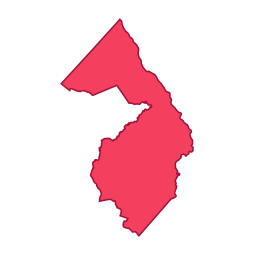 Santa Terezinha, Mato Grosso, Brazil (Natural Earth projection), rotated 308°
{"feature_id": "56859067B41133101441873", "entity_name": "Santa Terezinha", "entity_type": "district", "adm_level": 2, "iso_a3": "BRA", "parent_name": "Brazil", "parent_adm1": "Mato Grosso", "projection": "natural_earth1", "projection_center": [-50.819, -10.289], "detail": "fine", "context": "isolated", "style": "filled", "palette": "rose", "viewbox_px": 256, "rotation_deg": 308, "n_neighbors": 0, "source": "geoboundaries", "source_scale": "gbopen_adm2", "svg_char_len": 5978}
<svg xmlns="http://www.w3.org/2000/svg" viewBox="0 0 256 256"><g transform="rotate(308 128 128)"><path d="M121.7,48.1L121.6,59.0L122.1,59.0L122.6,58.3L123.3,58.4L124.3,59.4L124.6,60.1L124.7,61.0L125.6,64.5L127.3,67.9L128.6,68.5L129.5,69.3L130.6,71.1L131.3,73.9L131.6,74.6L132.1,75.1L132.2,76.2L132.0,76.9L132.3,77.8L131.8,79.5L132.1,80.0L132.7,80.5L154.7,92.9L152.0,101.8L148.2,113.6L149.4,115.0L149.8,115.7L150.1,116.5L150.3,117.7L150.6,118.2L151.0,118.8L152.3,120.1L152.8,120.8L153.6,122.2L153.9,122.5L157.1,123.1L157.7,123.9L157.5,124.5L158.0,125.0L158.8,125.1L160.0,125.8L160.1,126.4L159.6,126.5L159.1,125.9L158.2,126.0L158.6,126.5L158.8,126.9L159.2,127.9L159.3,128.6L158.7,129.4L158.7,130.0L159.3,130.6L159.7,130.9L159.8,131.4L160.2,131.9L160.2,132.6L159.9,133.0L159.5,133.1L159.2,133.6L158.8,133.7L158.6,133.3L158.6,132.7L158.1,132.3L157.6,132.8L157.1,133.0L156.6,133.0L155.5,132.6L155.0,132.6L154.2,131.8L153.6,131.6L153.8,131.0L153.6,130.2L153.2,129.9L152.0,130.0L151.6,130.5L151.1,130.0L150.9,129.3L150.4,129.6L149.8,129.7L149.3,129.5L148.5,129.8L148.1,129.7L147.5,129.8L145.8,129.4L145.3,128.9L144.1,129.3L143.8,129.9L142.9,129.3L141.8,129.1L141.7,129.8L141.2,129.6L140.8,130.2L140.6,130.8L139.8,130.7L139.3,130.9L138.3,130.9L138.4,130.4L137.6,129.8L137.1,129.0L136.5,129.0L136.0,129.3L135.5,129.1L135.2,128.2L134.2,126.8L133.7,126.9L133.2,126.9L132.9,126.2L132.8,125.6L131.7,125.5L131.5,126.0L131.6,126.7L130.8,126.4L130.2,126.5L130.1,125.9L130.4,125.4L129.9,125.3L129.6,125.0L129.0,124.4L127.1,124.3L126.7,124.4L126.2,125.0L125.9,125.9L125.2,126.2L124.7,125.7L123.2,125.8L122.0,125.7L121.5,125.3L121.0,125.4L120.5,124.8L120.3,124.4L119.7,124.5L119.1,124.2L118.4,125.1L117.9,124.8L117.3,125.0L116.3,125.8L115.7,125.5L115.4,125.1L115.0,124.8L115.0,125.3L114.4,125.0L113.7,125.3L113.1,125.0L112.7,125.6L111.9,125.3L111.5,125.0L111.0,124.9L110.6,124.3L110.0,124.0L109.5,124.0L108.9,124.2L108.5,123.8L108.6,123.0L108.4,122.2L108.5,121.0L108.6,120.4L108.3,119.9L108.0,119.7L107.7,118.8L107.4,118.3L106.3,117.3L105.1,115.8L104.2,115.8L103.7,115.5L103.3,115.5L102.7,115.2L102.3,114.8L101.9,114.8L101.4,115.0L101.1,115.9L100.6,116.4L99.7,116.5L98.8,117.1L98.2,117.7L97.6,118.0L97.0,118.1L96.2,118.6L95.4,117.9L94.6,117.6L94.1,118.0L94.0,118.5L94.1,119.0L93.4,119.7L93.1,119.0L92.5,119.5L91.9,120.7L91.3,121.4L90.6,121.7L90.0,121.7L89.2,122.7L88.7,122.9L88.1,122.6L87.5,123.1L86.0,124.0L85.2,124.3L84.2,124.2L83.8,123.8L83.5,122.7L82.7,121.7L82.2,121.7L82.0,122.2L80.9,122.0L80.2,121.5L79.1,121.6L78.7,122.1L78.3,122.1L76.6,123.8L76.0,125.0L75.6,125.4L75.0,125.4L74.6,125.0L73.8,125.6L73.1,125.5L72.7,125.5L71.5,126.1L70.8,126.3L69.5,127.0L68.7,127.1L68.1,127.4L67.6,127.9L67.3,128.3L67.1,129.2L67.0,130.2L66.5,130.8L65.9,132.3L65.5,132.7L65.1,133.4L64.4,135.2L64.5,137.2L64.3,137.8L63.0,139.2L62.6,140.5L62.0,141.6L62.0,143.8L61.8,144.4L61.0,145.7L60.0,147.2L58.9,148.1L56.5,148.4L56.0,148.7L54.4,149.3L54.1,150.1L52.7,150.6L59.3,156.3L60.9,158.1L61.2,158.6L61.3,160.2L61.2,160.7L61.4,161.8L62.6,162.7L62.1,163.6L61.3,164.0L60.1,165.5L59.8,166.4L59.4,166.8L59.2,167.9L58.7,168.2L58.4,168.6L58.8,169.2L59.1,171.1L59.4,171.5L59.5,172.3L59.2,172.8L58.2,174.3L57.2,174.3L56.2,175.3L55.1,175.3L54.6,175.7L54.0,175.8L56.7,183.7L54.7,183.9L54.2,183.8L53.8,184.1L53.4,183.9L52.7,183.2L52.3,182.3L51.5,182.7L50.4,182.7L49.9,183.0L49.5,183.7L48.9,183.6L47.9,184.5L47.5,185.5L47.4,186.3L47.8,187.1L47.9,187.6L48.5,188.6L48.8,189.7L49.6,190.1L49.4,191.3L49.3,192.9L49.1,193.7L49.2,194.4L48.7,195.3L49.3,196.2L50.3,197.0L50.9,198.4L50.7,199.1L50.7,199.6L49.9,201.6L49.8,203.0L98.4,205.6L98.8,205.6L99.8,206.5L101.5,207.3L102.6,207.7L103.6,207.9L104.0,207.7L104.4,207.4L104.6,206.7L104.9,205.6L105.5,205.0L106.0,204.4L106.5,204.2L107.8,203.9L109.1,203.3L110.1,203.2L111.1,202.5L111.8,202.4L112.2,201.9L112.2,201.0L112.4,200.5L112.8,200.3L113.6,200.3L114.7,199.0L114.6,198.2L114.9,197.8L115.6,197.8L116.2,197.5L118.6,197.0L119.3,197.1L119.6,196.6L120.0,196.5L121.1,196.7L122.4,197.4L123.1,197.3L123.6,197.1L123.8,196.4L123.6,195.7L122.7,195.5L122.5,196.4L121.8,195.5L121.8,195.0L122.1,194.5L122.5,194.2L124.2,193.9L124.7,193.5L124.9,193.1L125.1,191.6L125.7,190.7L125.5,190.0L127.0,189.2L127.5,188.5L129.3,187.2L130.0,186.9L131.7,186.8L132.2,186.9L133.6,187.6L134.1,187.7L134.8,187.6L136.3,187.9L136.8,188.0L137.6,187.9L138.2,187.6L138.5,186.8L138.9,186.6L140.1,186.9L141.1,187.5L141.7,187.6L141.9,189.0L141.4,190.6L141.7,191.0L143.1,191.0L143.7,191.3L144.4,191.4L144.8,191.7L145.3,191.7L146.5,191.0L147.4,191.0L147.8,192.3L148.3,192.8L148.8,193.1L150.2,193.1L150.7,192.9L151.2,191.9L152.4,191.6L152.9,190.9L152.9,189.4L153.1,188.8L154.7,188.8L155.3,188.6L156.0,187.9L157.4,187.0L158.2,186.1L158.5,184.8L158.8,184.1L159.0,183.6L159.5,182.9L159.8,182.2L161.1,180.6L162.2,180.4L163.7,180.5L164.1,180.2L164.6,179.7L165.0,179.0L164.8,177.8L164.8,177.0L165.1,176.3L165.4,175.7L166.3,174.5L167.1,172.7L166.9,171.9L167.0,170.7L166.7,169.1L167.5,167.4L167.8,166.7L167.8,166.2L167.5,165.1L167.5,163.3L168.0,162.7L169.3,161.8L170.9,161.8L171.5,161.6L172.0,161.3L172.3,160.8L172.3,160.2L171.7,158.8L171.6,158.1L171.6,157.2L171.7,156.3L172.9,151.9L173.1,148.8L173.7,146.8L174.6,146.1L176.3,145.3L177.1,144.8L177.7,143.8L177.8,142.8L178.1,142.1L180.4,140.3L181.1,139.5L181.4,138.8L180.6,136.6L180.4,135.4L180.7,134.3L181.9,131.7L183.0,127.9L183.5,126.4L183.7,124.4L184.2,122.3L184.6,121.2L185.9,118.9L186.5,116.5L186.5,115.4L185.9,112.7L185.8,111.3L185.3,109.2L184.5,108.8L184.2,108.3L184.1,107.6L184.2,106.1L185.0,102.6L186.3,100.0L187.0,98.8L187.7,98.2L188.6,97.6L189.6,96.2L189.9,95.5L190.0,94.2L190.3,93.3L192.4,90.7L194.0,89.3L196.1,88.3L197.2,87.1L197.6,86.5L198.8,83.4L199.1,80.0L199.3,79.2L199.5,78.7L200.4,77.7L201.1,75.7L200.8,74.3L201.0,73.4L201.4,72.3L201.9,71.6L202.6,70.0L202.8,68.3L202.8,66.4L203.0,65.8L203.6,64.3L204.2,62.6L205.9,59.7L206.7,58.8L207.4,58.2L208.5,56.8L208.5,56.2L208.2,55.5L208.6,54.7L169.8,51.9L121.7,48.1Z" fill="#f43f5e" stroke="#9f1239" stroke-width="1.5"/></g></svg>